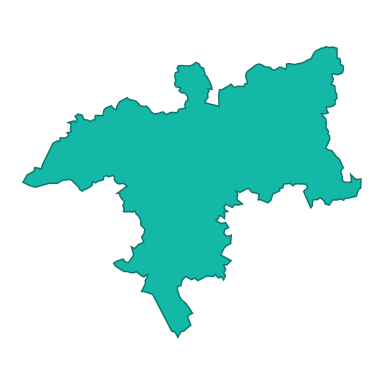 outline of Marau, Rio Grande do Sul, Brazil
{"feature_id": "56859067B44475036687569", "entity_name": "Marau", "entity_type": "district", "adm_level": 2, "iso_a3": "BRA", "parent_name": "Brazil", "parent_adm1": "Rio Grande do Sul", "projection": "mercator", "projection_center": [-52.267, -28.487], "detail": "fine", "context": "isolated", "style": "filled", "palette": "teal", "viewbox_px": 384, "rotation_deg": 0, "n_neighbors": 0, "source": "geoboundaries", "source_scale": "gbopen_adm2", "svg_char_len": 4687}
<svg xmlns="http://www.w3.org/2000/svg" viewBox="0 0 384 384"><path d="M230.6,243.7L231.3,235.1L229.1,236.2L225.9,235.9L223.8,233.0L224.9,229.3L228.6,227.7L225.5,222.6L221.1,223.5L215.9,220.5L218.4,218.5L219.1,215.8L221.5,216.1L224.3,218.5L224.8,215.2L223.8,212.3L227.6,211.4L225.2,209.8L224.0,207.6L225.8,204.1L232.2,207.5L234.7,204.5L237.9,205.1L242.4,204.0L236.8,199.4L237.7,194.0L236.0,191.0L240.1,192.3L242.9,190.9L245.8,189.2L248.5,188.4L252.2,192.5L256.5,193.1L259.2,194.3L258.1,199.8L260.3,199.7L267.9,202.8L270.7,200.5L272.9,194.0L279.7,190.8L279.7,188.1L282.7,188.0L283.9,183.9L290.0,183.5L293.1,185.7L295.3,183.7L305.9,184.1L307.7,187.8L303.6,191.4L310.7,207.7L312.3,205.9L312.3,203.3L313.1,199.8L317.2,199.7L320.3,197.7L324.1,200.9L325.3,203.9L329.2,205.1L331.5,201.5L333.5,199.7L336.3,200.1L341.1,198.9L343.6,200.2L345.5,198.1L348.8,198.0L356.3,196.2L357.4,192.3L358.7,189.4L360.6,188.1L360.8,185.3L361.0,179.0L355.8,179.5L350.6,174.5L351.3,178.0L351.4,182.1L348.0,182.3L345.0,182.3L342.3,180.6L342.3,176.7L340.5,171.0L343.3,167.8L339.4,159.2L336.2,156.5L331.8,150.6L328.6,150.0L325.6,148.3L328.7,141.7L329.8,138.8L329.5,135.7L327.8,134.1L328.6,131.6L325.9,127.3L326.4,123.5L325.7,118.9L323.6,116.4L321.2,113.7L326.1,113.6L328.3,112.8L326.7,110.3L326.6,107.1L329.8,106.9L333.5,105.7L335.2,104.1L334.8,100.7L336.9,98.3L336.6,94.1L335.1,91.0L334.8,85.9L330.7,84.2L332.7,81.8L333.4,78.9L332.0,76.7L332.5,73.7L337.8,74.7L340.3,73.7L342.4,72.8L343.5,69.1L342.9,65.4L340.4,64.7L340.6,61.2L339.8,58.7L336.9,58.0L337.0,48.3L332.7,47.1L329.0,47.5L326.0,46.7L324.0,47.8L321.0,48.3L318.5,49.8L315.9,50.8L313.9,53.1L312.5,55.8L311.2,58.7L307.6,60.0L305.0,61.7L301.0,63.3L298.0,63.7L295.7,64.5L292.5,64.3L289.1,63.6L286.5,64.1L286.6,67.0L285.4,69.4L282.4,67.6L279.6,67.1L276.9,68.9L274.4,70.1L272.2,69.6L270.1,67.3L265.1,67.0L262.7,65.3L259.2,64.0L256.6,64.6L251.0,68.7L249.0,70.2L246.5,72.5L245.7,76.4L247.6,83.4L245.2,83.6L243.7,86.6L240.1,86.2L236.9,86.4L234.4,87.8L232.8,85.8L230.9,84.1L228.9,85.9L225.8,87.4L222.8,89.3L219.4,90.0L218.7,96.9L219.1,102.5L219.0,106.3L204.9,102.8L206.1,99.5L207.9,97.8L207.6,93.3L209.1,91.2L208.1,89.0L212.0,89.3L211.2,85.2L209.5,81.7L207.1,76.8L205.2,75.2L203.6,68.3L200.3,66.9L199.3,64.1L196.0,62.4L192.7,64.8L189.8,65.9L185.0,66.0L181.4,65.5L178.5,65.8L177.1,68.2L178.6,71.7L175.5,72.6L174.8,76.8L175.8,80.4L174.6,83.9L175.9,86.6L180.8,88.0L179.0,90.8L181.7,92.9L185.1,93.0L187.3,96.0L188.2,99.6L185.8,101.5L184.8,104.7L185.5,108.1L178.9,109.3L177.1,112.7L173.3,112.5L170.2,112.5L166.8,114.7L162.9,111.9L158.9,113.3L154.3,114.0L151.3,112.1L148.8,108.4L146.6,106.3L143.8,106.5L140.3,105.8L138.5,103.7L136.2,101.3L133.7,100.4L131.5,100.1L129.1,99.5L127.2,97.7L121.2,101.0L119.2,102.2L118.0,104.3L116.8,106.9L116.1,109.7L113.7,108.9L111.4,105.8L108.6,106.9L105.8,108.0L103.8,110.5L103.2,115.5L95.3,115.5L94.8,119.8L92.6,120.0L90.4,121.4L87.5,120.1L84.0,119.5L82.1,115.2L77.9,114.1L75.1,116.5L77.1,118.9L75.8,122.2L73.9,120.9L68.2,122.6L71.3,123.8L70.5,128.7L71.3,131.6L67.0,133.0L68.9,135.0L67.1,137.0L64.7,138.2L60.2,137.8L59.9,140.9L57.2,141.0L53.1,143.2L42.4,164.9L41.2,168.9L34.8,167.4L34.0,171.3L27.1,175.0L23.0,182.3L29.3,185.4L35.6,187.2L43.5,184.9L48.6,183.4L57.6,183.2L62.3,180.4L69.5,179.4L71.7,180.1L74.6,183.0L78.4,186.8L79.8,189.6L82.3,191.1L84.4,189.6L87.5,188.4L89.6,187.3L92.3,185.0L92.3,181.8L95.3,182.9L98.5,181.1L103.2,179.9L104.0,176.3L106.3,175.7L109.1,176.8L112.7,175.3L114.8,177.3L114.3,179.8L116.1,182.2L118.5,183.9L122.0,183.5L124.4,183.8L127.1,186.1L117.2,193.4L119.8,193.5L120.0,196.2L122.5,199.6L124.6,201.7L122.9,205.6L124.1,208.9L123.4,211.4L125.7,212.0L127.9,211.5L130.4,211.8L132.7,212.0L134.9,211.0L136.2,213.9L138.6,216.1L140.8,220.3L140.8,225.0L144.8,229.0L144.1,233.6L141.6,237.1L143.8,242.4L138.9,244.2L134.3,248.7L131.5,246.9L132.9,251.9L133.6,254.2L132.5,257.0L130.0,260.3L128.3,262.7L125.1,261.8L123.1,259.1L117.1,261.0L113.6,263.2L115.7,266.3L118.2,267.8L121.2,269.8L124.4,271.5L127.2,271.5L130.3,272.5L133.5,272.8L136.2,271.7L138.7,273.4L140.9,275.4L143.9,277.0L145.6,275.5L147.9,274.3L146.8,277.8L145.2,280.7L145.5,283.6L141.6,291.4L145.6,291.9L149.7,293.4L152.7,294.3L171.8,331.3L175.0,331.9L177.9,337.3L180.9,331.7L183.8,331.0L190.8,325.1L187.5,316.7L189.1,314.9L192.5,313.3L189.1,307.9L185.5,303.1L181.5,299.8L179.1,295.6L178.5,292.8L177.4,290.4L177.6,286.5L180.8,285.6L182.0,280.1L185.8,276.4L189.0,278.3L191.4,279.6L194.9,278.2L197.8,280.6L206.0,276.4L208.8,276.1L213.4,276.5L214.9,274.4L218.5,278.0L221.5,276.7L223.5,279.8L225.5,275.6L223.7,272.8L225.7,269.5L223.6,264.9L227.1,264.7L231.0,260.5L220.6,255.0L224.5,247.4L227.2,245.3L230.6,243.7Z" fill="#14b8a6" stroke="#0f766e" stroke-width="1.5"/></svg>